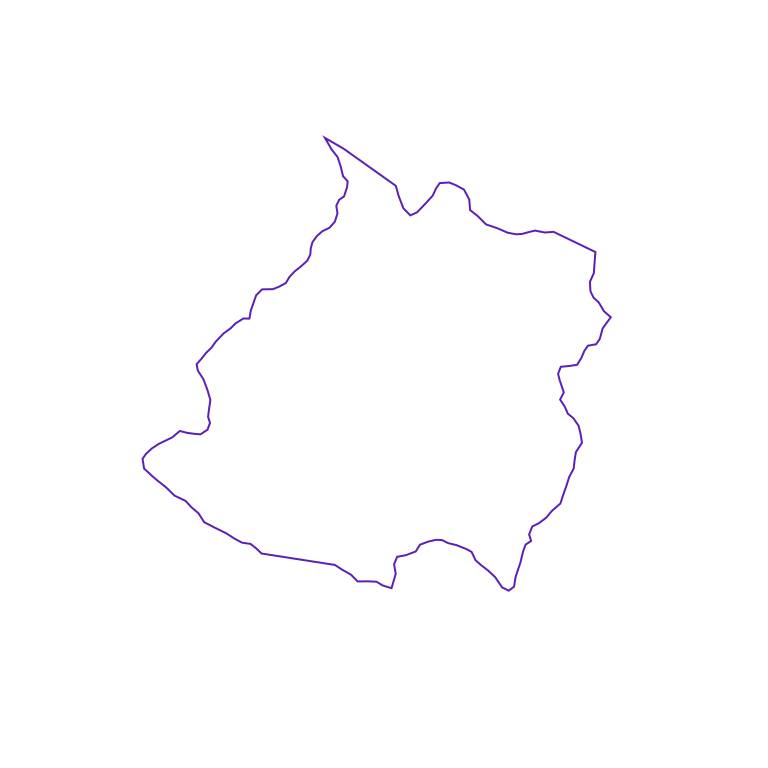 the district of Analândia, São Paulo, Brazil, rotated 149°
{"feature_id": "56859067B54615331892008", "entity_name": "Analândia", "entity_type": "district", "adm_level": 2, "iso_a3": "BRA", "parent_name": "Brazil", "parent_adm1": "São Paulo", "projection": "albers", "projection_center": [-47.68, -22.126], "detail": "fine", "context": "isolated", "style": "outline", "palette": "violet", "viewbox_px": 768, "rotation_deg": 149, "n_neighbors": 0, "source": "geoboundaries", "source_scale": "gbopen_adm2", "svg_char_len": 2254}
<svg xmlns="http://www.w3.org/2000/svg" viewBox="0 0 768 768"><g transform="rotate(149 384 384)"><path d="M482.7,205.1L471.7,215.3L468.2,224.3L461.7,229.1L453.5,226.0L443.0,224.1L436.0,227.7L427.5,226.2L419.8,223.7L414.7,220.4L411.0,214.6L404.8,208.5L398.7,200.5L395.4,195.0L396.3,185.7L393.8,177.9L390.9,170.7L388.2,161.3L387.5,148.8L383.5,142.6L376.9,143.3L370.9,150.5L364.7,155.9L359.0,160.7L351.2,168.7L345.3,173.4L338.7,173.7L337.1,180.3L330.3,185.5L322.8,184.9L313.7,185.9L305.6,188.7L294.4,190.7L287.8,196.4L279.6,203.2L273.3,208.8L264.9,213.9L260.5,219.7L254.6,226.8L244.6,231.6L241.1,240.3L238.7,248.0L239.3,257.1L241.7,263.9L240.7,271.4L241.1,279.9L234.2,284.2L231.4,297.0L229.5,303.1L223.6,307.7L216.1,304.1L208.6,301.0L201.4,304.7L195.2,309.2L189.5,311.8L181.7,308.8L175.8,311.5L168.0,319.0L162.0,321.6L155.2,324.4L158.0,333.2L157.9,343.3L159.9,350.0L159.3,357.1L154.9,365.5L147.1,370.9L140.4,380.4L134.8,388.2L160.3,427.1L168.1,431.0L175.5,437.7L181.5,439.6L188.3,441.5L193.7,444.3L200.0,449.9L206.5,459.0L214.3,468.2L217.2,479.7L220.6,488.7L215.9,498.2L215.3,509.4L220.0,517.4L224.4,523.2L232.8,527.5L238.7,524.8L245.2,520.4L253.8,517.8L260.9,515.8L267.4,514.1L274.6,515.0L276.9,524.7L274.6,537.6L271.8,547.8L297.5,606.6L307.9,625.4L308.1,611.9L306.9,602.5L309.1,592.7L312.1,583.1L310.7,576.6L314.3,571.7L321.6,565.4L327.6,565.0L333.1,561.3L336.0,554.2L342.6,548.4L350.3,546.0L358.1,546.7L365.3,545.4L372.3,542.4L376.9,538.0L380.5,532.9L386.3,529.2L395.0,527.5L402.2,526.6L409.8,524.5L416.2,521.1L423.2,521.4L430.4,522.5L439.7,527.9L447.9,525.9L455.6,519.5L460.1,515.8L465.7,509.4L470.9,512.6L480.0,512.4L487.0,510.7L495.3,510.0L506.6,506.9L513.2,504.0L520.4,502.3L527.9,499.5L534.4,497.5L536.7,491.4L536.3,481.2L538.5,469.5L541.0,459.8L546.9,452.6L551.7,446.5L553.2,440.2L558.9,435.7L567.3,435.4L572.0,438.8L577.9,443.5L583.2,448.9L593.0,447.3L607.9,448.7L616.4,448.3L624.2,446.6L629.5,444.2L633.2,435.1L630.0,424.1L627.6,417.0L624.2,408.2L621.1,396.3L614.2,385.8L612.7,378.0L609.6,368.7L609.3,358.2L603.3,348.4L595.9,336.9L592.0,328.8L587.4,321.1L580.8,315.7L578.3,309.2L576.2,301.7L519.3,254.2L515.5,246.4L510.5,237.5L508.3,228.4L498.9,222.8L492.3,218.4L488.9,212.0L482.7,205.1Z" fill="none" stroke="#5b21b6" stroke-width="2"/></g></svg>